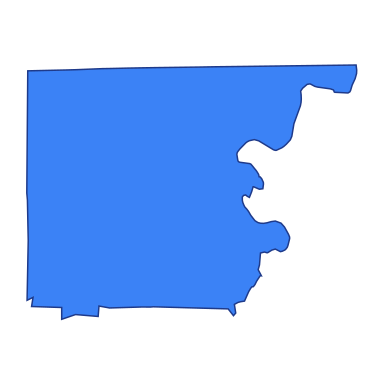 Shelby, Tennessee, United States of America, rotated 179°
{"feature_id": "52423323B51053623406996", "entity_name": "Shelby", "entity_type": "district", "adm_level": 2, "iso_a3": "USA", "parent_name": "United States of America", "parent_adm1": "Tennessee", "projection": "orthographic", "projection_center": [-90.065, 35.201], "detail": "fine", "context": "isolated", "style": "filled", "palette": "blue", "viewbox_px": 384, "rotation_deg": 179, "n_neighbors": 0, "source": "geoboundaries", "source_scale": "gbopen_adm2", "svg_char_len": 1909}
<svg xmlns="http://www.w3.org/2000/svg" viewBox="0 0 384 384"><g transform="rotate(179 192 192)"><path d="M358.8,86.6L352.8,89.4L354.4,80.3L324.3,78.8L324.5,67.0L310.6,71.5L288.0,69.2L287.0,79.6L276.4,77.5L244.4,77.9L235.3,77.7L232.7,77.9L157.9,74.5L152.7,67.6L150.4,70.2L151.6,78.9L147.9,80.8L145.5,81.4L141.4,82.0L137.1,91.3L135.1,94.6L133.8,96.1L132.3,96.3L130.7,98.3L129.0,101.6L125.5,106.8L124.8,107.1L124.1,107.0L127.2,113.2L125.8,117.9L124.6,129.8L120.6,130.7L118.4,130.0L117.4,130.0L113.2,132.5L109.7,133.5L104.6,130.8L102.8,131.2L100.1,132.4L99.0,133.4L97.7,135.1L97.0,136.9L95.2,143.6L95.2,145.3L96.3,148.1L100.1,155.3L103.5,159.3L109.2,161.5L113.3,161.0L117.5,159.9L121.0,159.4L124.1,159.6L126.6,160.3L129.4,162.1L130.1,162.9L133.6,167.6L135.8,171.5L137.5,173.9L139.6,176.3L140.5,178.3L141.4,180.7L141.8,182.8L141.8,186.1L140.5,187.7L138.4,188.1L136.9,186.8L134.7,185.6L132.4,191.1L130.8,196.2L130.4,196.2L124.6,193.6L121.1,194.0L120.4,198.7L120.5,200.4L122.1,204.1L123.6,205.9L124.6,206.0L125.1,208.4L126.4,210.7L127.5,212.4L129.2,214.5L130.8,216.6L132.6,218.8L133.8,219.4L144.2,221.0L145.4,222.1L145.6,222.6L146.5,228.9L146.1,230.6L145.5,231.6L143.3,234.3L137.2,240.3L135.6,241.4L133.7,242.3L128.8,243.3L124.4,242.0L109.8,232.8L108.0,232.2L107.0,232.2L101.5,234.6L99.5,235.9L96.9,238.1L93.0,242.2L92.8,242.4L91.2,246.0L88.9,258.5L82.1,276.3L81.4,279.7L81.1,283.0L81.2,287.3L81.6,291.0L79.6,293.8L75.0,297.6L72.6,298.0L71.7,297.9L67.4,295.5L64.6,294.7L51.8,292.7L48.9,291.6L48.4,290.9L48.2,289.7L47.5,289.2L34.3,288.3L33.1,289.0L32.5,289.3L31.7,290.7L30.0,296.1L26.9,302.5L25.4,307.6L25.2,310.9L25.7,316.1L130.9,316.6L148.4,316.7L166.1,316.8L183.4,316.8L227.1,317.0L231.1,317.0L235.9,317.0L236.0,317.0L253.3,317.0L270.7,316.9L279.6,316.9L297.2,316.5L306.0,316.3L314.6,316.2L354.1,316.0L357.2,193.9L356.7,186.7L356.6,146.1L358.8,86.6Z" fill="#3b82f6" stroke="#1e3a8a" stroke-width="1.5"/></g></svg>